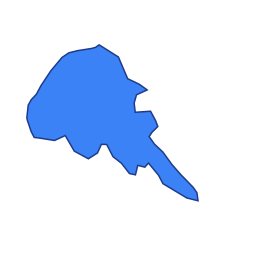 Koshkupir, Khorezm, Uzbekistan (Equal Earth projection), rotated 31°
{"feature_id": "79887680B63967245583955", "entity_name": "Koshkupir", "entity_type": "district", "adm_level": 2, "iso_a3": "UZB", "parent_name": "Uzbekistan", "parent_adm1": "Khorezm", "projection": "equal_earth", "projection_center": [60.29, 41.488], "detail": "fine", "context": "isolated", "style": "filled", "palette": "blue", "viewbox_px": 256, "rotation_deg": 31, "n_neighbors": 0, "source": "geoboundaries", "source_scale": "gbopen_adm2", "svg_char_len": 809}
<svg xmlns="http://www.w3.org/2000/svg" viewBox="0 0 256 256"><g transform="rotate(31 128 128)"><path d="M225.5,154.3L220.4,148.0L214.4,145.3L197.0,140.7L184.3,136.6L170.4,130.7L159.0,128.2L150.5,124.5L150.8,119.2L152.8,111.4L147.9,107.5L138.7,102.0L126.1,110.8L120.4,103.4L118.2,95.2L124.8,85.5L115.3,84.7L102.3,85.9L83.2,72.1L66.0,71.7L60.4,71.6L58.7,75.5L56.0,78.4L44.9,87.7L38.6,94.0L35.1,101.5L32.4,118.6L31.6,136.5L32.1,146.2L30.5,153.5L30.7,159.8L36.0,171.3L37.6,173.1L46.9,181.0L52.5,184.4L56.4,182.6L66.3,178.6L71.5,176.5L78.1,166.8L93.9,175.5L109.9,174.8L114.7,165.1L113.6,155.7L118.2,153.1L129.9,160.3L140.6,161.6L152.7,166.3L158.5,164.3L155.6,155.0L162.6,152.9L163.6,147.5L178.6,152.8L186.6,157.7L200.2,157.7L214.4,157.7L225.5,154.3Z" fill="#3b82f6" stroke="#1e3a8a" stroke-width="1.5"/></g></svg>